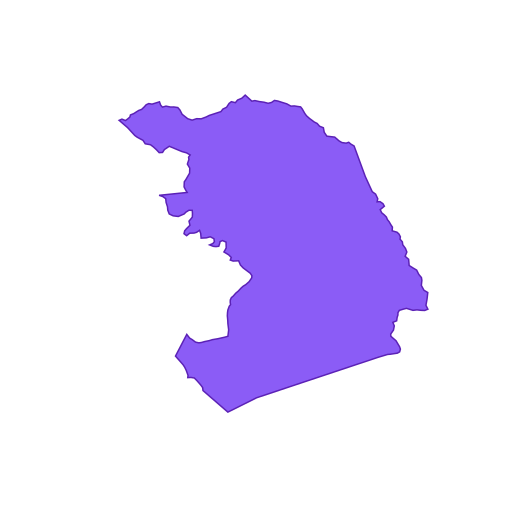 Paranaguá, Paraná, Brazil, rotated 113°
{"feature_id": "56859067B59614170446294", "entity_name": "Paranaguá", "entity_type": "district", "adm_level": 2, "iso_a3": "BRA", "parent_name": "Brazil", "parent_adm1": "Paraná", "projection": "equal_earth", "projection_center": [-48.534, -25.55], "detail": "fine", "context": "isolated", "style": "filled", "palette": "violet", "viewbox_px": 512, "rotation_deg": 113, "n_neighbors": 0, "source": "geoboundaries", "source_scale": "gbopen_adm2", "svg_char_len": 3257}
<svg xmlns="http://www.w3.org/2000/svg" viewBox="0 0 512 512"><g transform="rotate(113 256 256)"><path d="M116.4,208.7L115.9,212.5L115.1,215.1L116.9,217.1L118.0,221.2L117.6,224.5L115.8,230.0L118.0,237.6L115.5,241.5L111.6,244.1L111.7,248.2L110.1,251.5L109.9,254.7L109.2,257.5L108.5,260.4L107.2,264.3L105.7,266.8L102.5,271.0L101.3,273.2L102.1,276.2L102.9,279.4L104.4,282.4L103.9,287.1L104.4,291.9L104.8,296.4L105.6,299.8L108.6,301.7L110.7,304.5L111.3,308.7L112.5,313.1L113.4,317.8L115.1,320.3L112.1,328.8L116.3,330.7L119.6,333.9L122.9,334.9L123.6,339.0L126.1,340.4L130.6,341.2L133.7,343.9L136.8,344.7L144.8,353.9L147.5,356.2L151.1,360.0L152.8,364.3L155.9,367.9L156.3,372.5L154.4,379.4L151.3,383.1L149.9,386.0L150.9,389.8L152.3,393.0L153.2,397.4L155.5,400.3L154.4,402.7L151.8,405.1L156.8,411.0L157.6,414.3L159.7,416.2L162.6,417.2L165.8,418.6L167.8,420.8L170.2,422.5L172.6,424.1L175.2,426.7L177.4,426.4L180.2,427.8L182.3,429.1L182.4,432.9L184.6,435.0L188.0,424.4L192.4,414.7L193.1,411.7L193.7,405.2L196.0,401.8L194.8,396.6L195.7,393.0L197.1,389.1L198.7,385.5L197.2,382.5L193.8,381.9L188.9,378.7L188.8,364.9L188.2,360.3L188.7,356.1L191.4,356.7L193.3,355.5L198.2,355.1L201.0,351.3L205.7,349.5L212.9,350.4L215.7,351.0L220.5,349.2L222.6,346.7L224.4,344.2L238.0,368.9L237.7,365.0L238.5,361.5L241.8,359.7L245.3,356.7L248.3,355.1L251.2,352.3L251.4,348.0L250.0,343.0L245.3,338.5L243.1,337.7L240.1,335.6L238.9,332.5L241.9,331.0L245.1,329.8L250.1,331.3L253.5,328.8L258.1,330.7L260.7,331.5L263.6,331.0L264.4,327.8L260.9,325.9L259.1,322.0L257.4,319.9L254.4,318.0L256.9,315.7L261.0,313.5L258.7,308.8L256.2,305.6L256.5,301.5L259.1,299.9L261.4,300.6L263.9,303.0L263.8,299.1L263.0,296.5L261.6,294.1L258.9,294.3L256.8,294.7L254.9,292.9L254.9,289.0L258.0,287.6L260.2,286.6L262.5,286.8L264.8,287.1L265.6,281.6L267.0,278.2L269.8,278.1L269.6,275.1L267.2,270.1L270.4,266.8L272.0,263.1L274.1,254.6L275.7,252.1L277.8,251.4L282.3,252.3L286.3,254.2L288.8,256.0L291.3,257.2L295.2,258.6L298.1,260.1L301.8,261.3L303.9,262.4L306.5,262.5L308.8,261.6L310.7,260.4L312.7,261.0L316.7,260.8L319.3,260.1L322.3,259.0L326.4,256.8L329.3,255.4L334.7,252.3L340.9,250.5L342.9,253.0L347.2,259.0L350.0,263.4L352.2,266.0L354.8,269.8L356.9,272.4L358.3,274.7L358.9,278.0L357.9,282.1L357.5,285.0L355.2,289.1L379.6,291.0L384.6,280.6L386.3,278.1L388.5,275.6L390.3,273.9L392.5,271.9L394.6,271.3L393.2,268.4L392.4,265.1L393.8,261.7L395.3,258.6L396.7,255.8L398.0,253.7L400.6,252.2L410.7,220.9L386.2,200.0L301.6,104.1L295.2,96.4L294.0,94.1L290.2,87.9L288.1,86.3L285.3,86.7L283.4,88.4L279.3,94.0L277.2,100.5L275.2,101.5L270.5,100.5L266.3,101.4L263.6,104.1L260.7,101.2L257.4,102.1L254.9,102.3L252.7,103.2L250.0,102.8L247.1,99.3L245.4,97.0L244.7,90.3L242.7,86.8L241.5,82.8L240.2,79.4L237.8,77.0L235.0,80.3L228.9,81.7L222.5,83.6L221.9,88.0L218.5,92.3L213.6,93.8L211.2,95.3L209.3,99.0L206.2,102.6L205.7,106.4L204.9,111.3L199.4,114.2L198.0,118.6L193.4,118.7L190.6,121.4L188.3,125.3L185.8,126.8L184.2,130.0L181.9,130.6L179.9,133.0L179.0,135.5L179.6,140.5L176.1,141.7L174.3,144.4L172.4,146.9L171.2,149.2L169.2,151.2L168.0,154.1L167.1,157.2L164.8,159.8L160.0,157.3L158.2,159.6L157.5,163.1L158.8,165.7L155.7,166.3L152.3,170.1L151.4,174.1L140.2,186.4L116.4,208.7Z" fill="#8b5cf6" stroke="#5b21b6" stroke-width="1.5"/></g></svg>